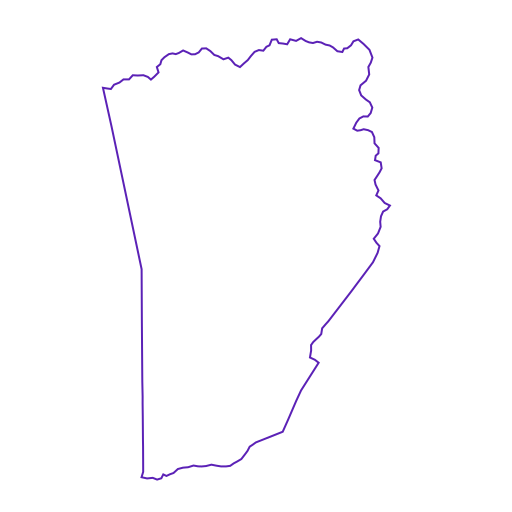 Adustina, Bahia, Brazil, rotated 355°
{"feature_id": "56859067B2678119023213", "entity_name": "Adustina", "entity_type": "district", "adm_level": 2, "iso_a3": "BRA", "parent_name": "Brazil", "parent_adm1": "Bahia", "projection": "equal_earth", "projection_center": [-38.01, -10.577], "detail": "fine", "context": "isolated", "style": "outline", "palette": "violet", "viewbox_px": 512, "rotation_deg": 355, "n_neighbors": 0, "source": "geoboundaries", "source_scale": "gbopen_adm2", "svg_char_len": 2261}
<svg xmlns="http://www.w3.org/2000/svg" viewBox="0 0 512 512"><g transform="rotate(355 256 256)"><path d="M239.6,441.7L267.3,433.4L273.8,421.7L283.5,403.7L289.2,393.8L309.1,367.8L305.6,364.5L300.9,361.8L302.7,354.9L303.1,349.5L305.5,346.7L308.5,344.3L311.5,342.0L314.2,339.4L315.6,333.8L319.5,330.0L322.3,327.4L347.7,299.7L353.4,293.3L362.0,283.7L372.0,272.4L377.4,263.5L379.9,256.9L377.2,253.4L374.8,249.1L379.5,244.2L382.7,237.8L382.7,232.7L384.0,227.3L386.5,222.8L390.8,220.9L393.8,217.4L388.8,214.4L385.2,209.4L381.1,206.1L383.7,201.4L381.3,195.2L380.7,190.6L383.5,187.1L386.3,183.5L388.8,179.6L388.4,173.6L382.9,170.9L384.0,166.5L386.9,164.4L387.6,159.0L383.9,154.1L384.2,148.0L382.3,142.6L378.6,140.4L374.3,139.1L371.2,139.8L367.8,140.0L364.1,137.6L367.6,131.8L371.0,128.0L375.1,126.3L379.5,126.8L382.7,123.6L384.8,118.3L382.8,112.8L379.1,109.7L374.8,105.2L373.2,99.7L375.0,95.1L380.9,91.0L384.6,85.0L384.4,77.5L387.2,73.4L389.3,68.5L387.0,60.5L381.6,54.1L376.7,49.2L371.8,50.6L369.0,54.4L365.0,57.0L361.8,57.0L359.8,60.3L354.9,59.1L350.9,54.9L347.7,52.7L343.7,51.5L339.6,49.0L335.5,47.9L331.3,48.8L327.5,47.8L324.3,46.2L319.9,42.9L314.7,45.2L308.9,43.1L305.5,47.8L301.4,46.7L297.2,45.9L295.5,41.9L290.6,41.9L287.8,47.3L284.6,48.5L281.2,52.1L276.8,51.1L272.4,52.5L268.4,56.3L264.9,60.1L260.7,63.1L256.5,66.4L251.8,63.5L248.5,58.7L245.7,56.0L240.7,57.2L235.7,53.6L232.0,52.1L228.4,47.9L224.5,44.8L220.2,44.6L216.7,48.2L212.9,49.7L209.2,49.5L205.7,47.3L201.3,44.9L196.9,47.0L193.7,47.9L190.5,46.9L186.8,47.3L182.1,50.0L178.9,52.7L177.4,56.6L173.7,59.1L174.9,64.6L170.3,68.5L166.7,71.1L163.9,68.2L159.6,66.1L154.0,65.9L149.0,65.2L144.9,69.0L139.4,68.5L135.1,71.3L129.5,73.0L126.0,77.0L122.1,76.1L118.2,75.1L123.4,114.6L130.7,174.8L140.9,259.2L136.7,310.0L131.8,371.1L130.8,386.2L130.2,392.8L129.2,406.2L127.3,430.1L126.9,435.8L125.7,450.4L124.8,461.2L122.7,466.4L128.1,468.1L133.8,468.0L138.0,470.1L142.3,469.2L144.6,465.5L147.6,467.3L151.4,465.9L154.9,465.0L159.6,461.4L164.8,460.5L170.0,460.5L175.5,459.3L180.0,460.5L183.4,460.9L187.9,460.9L193.4,460.0L198.2,461.4L203.0,462.6L207.6,463.0L212.0,462.8L215.8,460.6L219.3,459.1L223.7,457.0L227.2,453.2L230.5,449.5L233.1,445.4L236.1,443.8L239.6,441.7Z" fill="none" stroke="#5b21b6" stroke-width="2"/></g></svg>